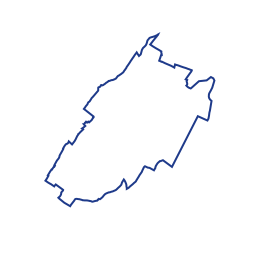 outline of Tatarasti, Bacau, Romania, rotated 232°
{"feature_id": "2599482B37830949265025", "entity_name": "Tatarasti", "entity_type": "district", "adm_level": 2, "iso_a3": "ROU", "parent_name": "Romania", "parent_adm1": "Bacau", "projection": "robinson", "projection_center": [27.206, 46.232], "detail": "fine", "context": "isolated", "style": "outline", "palette": "blue", "viewbox_px": 256, "rotation_deg": 232, "n_neighbors": 0, "source": "geoboundaries", "source_scale": "gbopen_adm2", "svg_char_len": 5760}
<svg xmlns="http://www.w3.org/2000/svg" viewBox="0 0 256 256"><g transform="rotate(232 128 128)"><path d="M117.1,219.3L121.2,212.7L120.5,202.0L120.6,201.7L122.6,200.6L123.8,200.3L124.9,200.1L125.5,200.1L125.5,200.5L125.8,201.2L126.0,201.6L126.7,202.1L128.6,202.9L128.9,203.3L129.4,204.2L130.8,203.4L131.6,205.8L132.4,208.6L132.8,209.9L133.4,212.1L133.7,213.0L134.2,213.8L135.0,213.4L135.8,212.8L136.6,212.4L137.9,211.5L138.8,211.0L139.8,210.4L140.6,209.8L142.5,208.5L143.3,208.0L144.2,207.4L145.4,206.7L146.5,206.0L147.8,205.1L147.9,204.9L149.1,204.2L148.8,203.8L147.1,201.7L148.5,201.1L150.6,200.2L156.2,197.1L159.5,195.5L159.6,195.1L160.4,194.8L161.8,194.0L162.1,194.5L163.6,196.8L164.4,198.0L165.5,199.6L165.6,199.8L165.3,199.9L165.8,200.2L167.2,200.8L167.5,201.0L167.8,201.4L170.3,200.5L173.7,199.1L176.9,197.9L180.1,196.9L180.2,197.4L180.4,198.2L180.6,198.7L180.6,199.2L180.9,200.1L181.3,201.7L181.6,203.0L181.7,203.6L182.0,204.4L182.0,205.0L182.3,205.8L182.4,206.6L182.4,206.9L182.7,207.5L182.8,207.8L182.8,208.4L183.0,209.0L183.2,209.4L183.3,208.8L183.2,208.1L183.4,207.5L183.8,205.8L184.1,204.9L184.4,204.2L184.6,203.5L185.2,202.2L185.7,200.5L185.0,197.3L184.8,197.0L184.7,196.8L183.9,195.8L183.3,195.0L182.6,193.8L182.4,193.4L182.2,192.8L182.1,192.2L181.9,190.7L181.9,190.1L181.8,189.2L181.7,188.8L181.2,187.6L181.0,187.1L180.7,186.7L179.4,185.0L178.5,183.8L178.3,183.5L178.2,183.3L178.1,182.8L178.1,181.9L178.0,181.0L180.5,181.2L181.3,181.3L182.2,181.4L182.1,181.1L182.0,180.7L181.8,179.9L181.4,178.4L181.0,177.2L180.7,176.4L180.5,175.7L180.0,174.1L179.8,173.5L179.5,172.6L179.2,171.6L179.1,171.3L178.5,169.7L178.1,168.4L177.9,167.9L177.6,166.9L177.3,165.9L176.9,164.6L176.7,164.1L176.3,163.5L176.1,162.5L175.9,162.1L175.7,161.7L175.7,161.2L175.5,160.4L175.4,160.2L175.2,159.7L174.8,158.5L174.8,157.2L174.8,155.6L174.9,154.8L174.9,154.1L175.0,152.9L175.1,152.6L175.1,152.3L175.2,152.0L175.1,151.4L175.0,151.2L174.9,150.8L174.8,150.4L174.6,149.6L174.5,149.4L174.4,148.8L174.6,148.1L174.6,147.7L174.7,147.2L174.9,146.8L175.0,146.3L175.2,145.5L175.8,144.6L176.0,144.1L176.4,142.8L176.5,142.5L176.6,142.2L176.9,141.9L177.0,141.7L176.9,141.1L176.9,139.9L177.0,139.3L177.1,138.7L177.0,137.4L177.0,136.9L177.1,135.9L177.1,135.0L177.2,134.6L177.4,134.0L177.5,133.8L177.7,133.6L178.2,133.5L178.3,133.4L178.4,133.1L178.3,132.9L178.3,132.7L178.1,132.5L177.8,131.8L177.7,131.4L177.8,131.1L177.8,130.8L178.1,130.2L178.2,129.7L178.1,129.4L177.9,129.2L177.4,128.8L176.0,127.7L175.8,127.4L175.7,127.0L174.8,122.6L174.6,121.7L174.1,119.1L174.0,118.2L173.9,117.6L173.2,116.0L173.0,115.1L172.6,114.3L172.6,113.9L172.6,113.3L172.6,113.1L172.7,112.9L172.7,112.7L172.3,111.6L171.8,110.9L171.6,110.5L171.1,108.0L171.0,107.6L170.8,107.3L170.6,106.8L170.4,105.7L170.2,105.0L158.4,107.9L158.3,107.5L158.1,107.2L157.6,107.3L157.5,107.0L157.2,105.7L156.7,104.6L156.6,103.8L156.5,102.9L156.4,100.9L157.4,100.8L157.5,100.6L157.4,100.0L157.3,99.5L157.4,99.1L158.8,98.8L158.7,98.3L158.6,98.1L158.5,97.9L158.6,97.4L158.4,97.2L158.4,96.8L158.3,96.4L158.1,96.1L158.0,95.8L158.2,95.5L157.3,95.5L155.9,95.6L155.8,93.7L155.9,91.6L155.7,91.7L154.5,91.8L154.3,89.7L154.1,87.7L153.7,85.5L153.8,85.0L153.5,84.8L153.4,84.5L153.2,83.9L153.0,83.2L152.1,81.3L151.6,80.4L150.7,78.3L150.5,77.7L149.8,75.0L149.5,73.8L153.9,73.1L153.7,72.8L153.2,71.9L153.1,71.3L153.0,71.2L153.0,70.5L153.4,69.6L153.4,69.2L153.2,68.0L153.0,67.3L152.7,66.4L151.8,64.2L151.4,64.2L151.1,63.6L149.7,60.3L149.1,58.8L148.9,58.3L148.4,57.2L148.1,56.8L147.3,55.9L147.1,55.5L146.7,54.5L146.1,51.9L145.7,51.0L145.6,50.7L144.0,47.0L143.3,47.2L142.9,46.2L143.2,46.1L143.0,45.2L142.1,42.6L142.4,42.5L142.4,42.2L142.0,41.1L141.8,40.4L141.7,40.0L140.0,35.6L139.3,35.8L139.1,35.2L138.5,33.9L138.0,32.6L137.3,30.5L134.1,31.5L132.6,32.1L132.0,32.3L131.8,32.5L130.9,32.8L127.4,33.9L127.5,34.2L127.7,34.8L127.9,35.8L128.0,36.3L119.2,38.8L118.8,38.4L118.7,38.0L118.4,36.2L118.3,35.8L118.2,35.6L117.6,35.1L117.3,34.8L116.8,34.2L116.4,33.3L116.0,32.3L116.0,31.9L116.0,31.1L115.9,30.2L114.4,30.4L110.9,31.2L108.3,31.8L102.0,34.3L102.6,35.8L103.9,41.0L104.4,42.2L104.4,42.6L104.3,43.0L104.1,43.5L103.8,43.9L103.3,44.4L102.6,45.0L102.0,45.7L100.0,47.2L99.6,47.5L99.0,47.8L98.7,48.1L98.2,48.7L97.3,49.6L96.9,50.3L96.3,50.9L95.9,51.4L95.4,51.8L94.4,52.7L93.8,53.1L93.3,53.7L92.3,54.2L91.9,54.5L91.6,55.0L91.2,56.0L90.8,57.0L90.5,57.6L89.7,59.1L89.8,59.3L89.8,59.7L89.9,60.2L90.1,60.3L90.1,60.8L89.8,60.7L89.7,61.5L89.4,62.1L89.1,62.3L89.2,64.8L89.3,65.7L89.8,67.6L89.9,68.6L90.0,69.1L90.0,69.4L89.8,70.7L89.3,72.5L89.2,72.9L89.0,73.4L88.5,74.1L88.4,74.5L88.2,75.1L88.1,75.5L87.4,77.0L87.3,77.5L87.2,78.0L87.1,78.3L86.8,79.4L86.6,80.5L86.7,81.8L86.9,83.4L87.0,85.5L87.3,87.2L87.4,87.7L88.0,88.7L88.4,89.2L88.6,89.5L89.0,90.3L90.0,93.0L89.2,93.0L87.6,92.8L85.4,92.2L84.6,91.9L83.6,91.3L83.1,91.0L82.9,90.8L82.6,90.6L82.2,90.5L81.9,90.4L81.3,90.0L80.8,89.6L80.6,90.7L80.5,91.8L80.7,93.5L80.8,97.1L81.0,99.1L81.0,100.3L81.0,100.8L81.2,101.6L81.7,102.6L81.8,103.1L82.5,104.8L82.7,105.5L83.9,108.5L84.0,108.8L84.0,109.1L84.2,109.6L84.3,109.8L84.4,110.2L84.8,111.6L85.3,112.5L85.9,113.6L86.8,115.5L87.2,116.1L87.3,116.5L87.4,117.2L87.4,117.8L85.0,119.0L84.6,119.2L84.1,119.7L83.5,120.3L83.2,120.5L82.0,121.0L78.7,122.4L78.8,122.6L79.0,123.3L79.2,123.8L79.4,124.1L79.7,125.0L80.2,125.4L80.3,125.5L80.7,126.3L81.0,126.6L81.1,127.1L81.5,128.0L81.9,129.2L82.1,130.1L82.2,131.5L82.2,132.2L82.3,132.6L82.1,132.9L81.9,133.2L81.1,135.7L70.3,138.7L94.3,190.3L85.0,195.2L85.5,196.3L85.8,197.1L87.8,199.4L90.0,201.6L91.3,203.3L94.7,207.0L97.9,210.5L99.0,210.3L100.2,210.2L101.3,210.3L102.4,210.7L103.1,211.1L104.8,212.6L105.5,213.8L106.4,216.0L107.9,219.2L112.2,225.3L114.6,225.8L117.1,224.7L117.1,219.3Z" fill="none" stroke="#1e3a8a" stroke-width="2"/></g></svg>